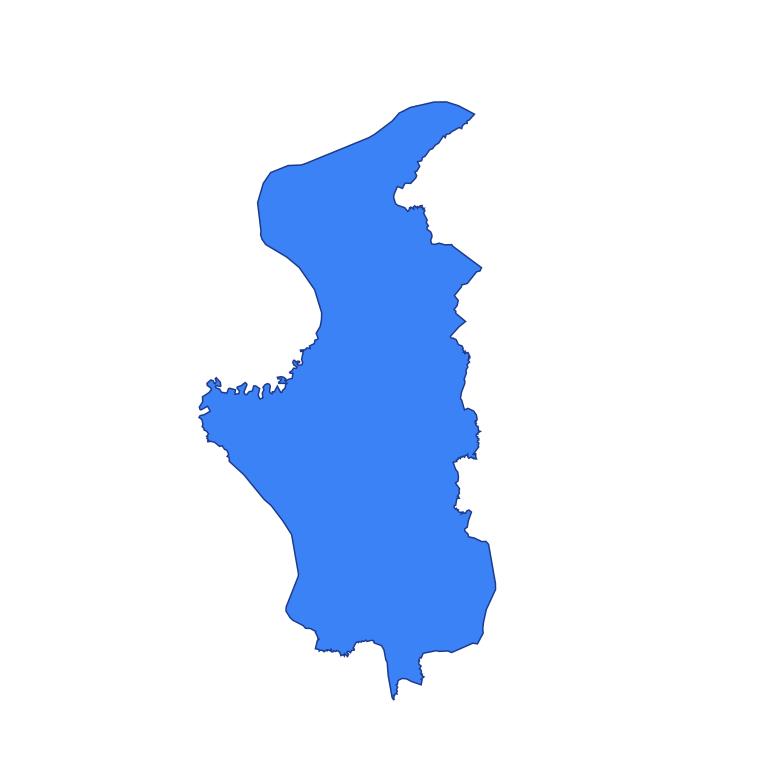 Pak Khat, Bueng Kan, Thailand (orthographic projection), rotated 24°
{"feature_id": "78962969B17401881155721", "entity_name": "Pak Khat", "entity_type": "district", "adm_level": 2, "iso_a3": "THA", "parent_name": "Thailand", "parent_adm1": "Bueng Kan", "projection": "orthographic", "projection_center": [103.357, 18.296], "detail": "fine", "context": "isolated", "style": "filled", "palette": "blue", "viewbox_px": 768, "rotation_deg": 24, "n_neighbors": 0, "source": "geoboundaries", "source_scale": "gbopen_adm2", "svg_char_len": 6169}
<svg xmlns="http://www.w3.org/2000/svg" viewBox="0 0 768 768"><g transform="rotate(24 384 384)"><path d="M356.9,100.7L339.2,99.5L326.4,100.9L315.1,106.0L295.6,120.6L287.7,130.3L284.6,140.3L273.9,159.7L269.9,165.2L222.8,214.4L219.3,217.6L207.6,223.4L194.5,236.9L192.1,249.7L194.8,269.8L209.4,294.3L210.6,297.9L213.6,301.3L219.3,304.7L243.5,307.6L259.1,312.0L282.3,326.1L298.1,344.3L300.7,350.7L302.3,357.4L301.4,365.2L305.2,369.0L304.9,370.5L303.1,372.0L303.9,375.5L300.4,379.6L302.1,381.6L298.8,382.4L297.9,384.9L293.8,387.0L294.7,388.2L297.0,387.0L298.8,395.2L300.9,397.3L301.2,399.5L299.3,401.2L297.0,401.5L296.2,400.6L298.1,398.8L297.7,397.8L296.0,398.1L294.5,399.8L292.7,398.7L291.7,399.3L292.0,401.5L293.9,403.3L297.6,403.8L297.5,405.3L294.9,406.4L294.7,408.9L293.0,411.7L293.9,412.3L296.4,411.3L297.8,416.2L294.6,418.8L293.1,421.8L292.1,421.2L292.4,419.4L290.0,418.7L287.3,419.0L283.9,421.2L284.9,422.4L288.2,421.3L288.4,422.6L287.0,425.3L287.7,426.2L295.1,422.9L294.5,425.1L295.4,427.9L294.1,430.6L293.9,433.6L293.0,433.7L287.4,429.3L287.0,435.8L285.2,436.5L285.7,438.5L283.5,438.4L282.3,437.0L281.1,432.4L279.5,430.9L277.2,431.1L275.5,433.3L274.8,436.2L276.7,438.2L276.5,441.9L279.0,445.8L276.7,448.2L273.6,445.4L272.3,438.8L267.6,437.9L265.7,438.8L266.6,443.8L263.9,445.9L262.9,449.7L260.6,449.8L259.3,448.2L259.1,440.5L258.2,439.5L256.5,439.2L254.4,443.3L251.1,446.6L251.6,447.7L254.8,449.2L255.3,451.9L252.0,454.0L250.6,449.7L244.6,450.7L243.9,451.6L244.2,456.2L238.9,457.7L235.9,455.5L232.3,455.8L231.2,455.2L231.3,453.7L235.5,452.8L235.7,452.1L233.7,449.0L228.2,446.5L227.7,447.9L229.8,449.9L229.7,452.4L228.8,452.5L226.7,450.5L224.2,450.7L222.0,455.4L223.1,457.2L227.5,458.1L228.6,459.2L227.6,463.1L223.4,469.5L225.6,474.0L224.7,480.3L226.3,482.1L227.4,482.0L231.9,476.1L236.3,479.5L232.4,485.0L228.9,487.7L228.6,489.8L232.1,490.6L235.0,494.4L235.2,496.8L237.9,498.1L238.3,499.2L241.0,499.2L244.0,500.9L243.3,504.1L244.6,504.2L244.5,505.9L246.7,506.6L246.0,507.7L246.6,508.4L249.0,506.9L252.9,506.1L259.0,507.9L261.3,506.3L265.1,508.6L267.1,508.3L270.7,511.2L270.2,514.0L272.4,514.0L274.1,517.6L292.7,523.8L321.6,538.3L330.3,540.9L347.1,550.1L360.8,559.1L383.2,592.4L383.9,594.6L385.3,627.4L386.8,631.3L393.3,635.7L396.9,636.9L408.6,637.6L411.7,639.1L415.8,637.4L422.2,637.8L422.3,638.7L426.9,642.6L427.1,643.7L428.5,643.6L427.5,645.8L429.0,653.8L432.4,653.0L433.4,654.3L433.9,653.2L436.0,652.4L438.1,652.9L438.0,651.9L439.4,651.4L439.6,650.4L440.7,650.7L440.8,649.7L443.4,649.6L443.3,647.2L444.9,649.9L446.3,649.5L446.6,648.1L448.8,648.0L449.3,646.6L452.5,646.9L455.1,649.7L456.9,647.8L458.3,648.6L457.7,646.5L461.5,647.8L461.6,645.3L459.4,644.6L459.2,643.7L459.8,642.7L462.7,643.1L462.7,640.6L465.0,639.3L464.6,638.2L463.3,637.9L463.5,632.1L464.3,630.6L465.9,630.6L465.9,629.5L468.4,628.8L468.3,627.9L470.6,627.1L471.5,625.4L473.1,626.1L477.2,623.0L479.4,623.0L479.8,624.2L481.0,624.5L488.1,624.0L492.2,627.0L497.9,635.3L500.0,636.8L506.4,648.6L519.0,667.2L521.1,668.5L521.5,667.9L520.3,667.0L520.6,666.1L519.5,664.6L520.3,664.3L520.4,662.4L522.0,661.8L520.8,660.5L521.1,659.1L519.6,658.2L519.8,655.5L517.6,654.0L518.4,653.1L517.5,649.3L518.4,647.8L520.6,645.5L524.7,644.2L529.8,644.6L540.3,643.7L539.1,638.8L538.0,638.7L539.6,635.3L537.5,635.1L537.3,634.2L535.8,633.9L536.4,633.3L535.3,632.8L535.0,631.2L533.5,629.8L532.3,629.9L532.6,626.6L529.9,625.9L528.9,624.2L529.1,622.6L528.0,622.3L528.4,619.0L529.4,619.0L529.3,614.1L540.3,606.3L543.0,605.9L550.9,601.9L555.0,601.8L570.5,584.7L575.1,583.4L575.9,571.2L573.8,567.5L571.8,561.1L569.2,548.6L569.5,526.4L566.9,520.8L544.8,488.0L541.1,486.3L537.5,488.2L529.0,488.0L523.4,489.2L521.6,486.8L517.9,485.6L516.6,483.7L518.3,480.9L516.7,474.8L516.0,465.4L512.9,464.6L511.4,466.0L511.0,469.0L509.0,469.3L507.8,470.9L507.9,469.0L505.3,470.6L503.1,469.7L503.1,468.7L501.8,469.1L500.9,468.2L500.4,469.2L498.0,468.1L497.7,466.4L498.8,465.7L497.1,459.1L499.2,457.7L497.1,456.8L497.7,456.5L496.9,455.9L497.3,452.9L496.3,452.0L495.6,448.9L489.5,445.4L491.1,442.5L489.8,438.6L487.2,434.5L483.8,432.6L479.0,427.4L482.0,425.1L481.0,423.9L482.3,422.9L482.0,421.1L484.1,421.1L483.6,419.6L485.2,419.0L485.5,417.7L487.4,418.1L487.3,416.0L488.8,415.6L489.0,414.3L490.3,416.6L491.8,417.3L493.3,415.3L494.8,415.8L495.7,415.1L496.3,415.8L499.0,414.8L497.4,413.3L496.2,410.4L495.2,410.3L495.3,411.8L494.0,412.1L496.1,402.9L495.3,402.6L494.7,399.4L492.9,399.1L492.6,397.8L493.4,396.7L492.7,395.3L491.6,395.6L490.9,394.1L489.8,394.5L488.8,392.4L490.2,391.6L489.6,390.5L491.3,388.1L489.2,388.2L487.2,384.5L485.6,384.7L484.2,383.8L484.4,382.5L483.0,382.4L483.3,380.7L481.9,381.2L483.4,379.7L483.5,378.5L481.0,374.8L476.8,372.2L470.6,372.1L468.0,374.9L461.6,367.2L459.7,366.1L458.1,359.8L457.6,350.8L456.4,347.9L455.3,347.4L454.8,340.6L453.2,337.7L453.7,334.5L452.0,332.5L453.2,329.1L450.9,327.9L451.5,327.0L450.4,325.0L451.7,325.2L451.5,324.2L447.9,321.1L446.2,322.6L445.4,321.5L445.3,323.2L444.3,322.2L443.6,322.6L443.6,321.2L441.5,320.4L441.8,319.3L439.8,317.5L436.0,317.8L431.8,314.1L428.4,314.0L426.8,314.7L425.2,313.6L429.3,301.1L433.1,293.7L420.8,290.3L420.1,288.4L417.7,287.5L418.9,282.6L417.8,277.4L412.3,274.7L415.2,264.0L414.7,261.9L419.2,258.3L422.9,243.9L425.7,241.7L425.8,238.1L390.8,230.2L389.2,229.1L383.1,232.1L377.2,232.9L373.7,235.8L370.5,236.6L368.2,233.7L368.0,230.1L366.9,228.1L364.8,226.1L360.5,225.1L359.5,223.2L360.3,221.6L357.0,219.4L356.7,216.6L350.8,211.9L350.7,208.7L349.1,208.6L349.3,207.3L348.3,208.0L347.6,207.0L346.6,207.6L346.2,205.5L344.5,206.4L344.8,207.9L343.4,208.2L343.2,209.6L342.2,208.4L341.5,209.7L339.6,208.7L338.8,210.5L339.9,212.1L336.7,211.5L336.7,212.8L335.7,212.7L336.2,214.8L335.6,216.7L331.2,214.5L324.0,215.2L321.1,214.5L316.9,209.6L316.1,207.0L315.9,198.1L321.3,197.8L321.5,192.6L322.6,191.4L326.8,189.9L329.2,182.9L329.1,180.4L325.9,177.7L327.4,176.2L328.1,170.6L324.2,167.3L327.6,164.8L327.0,161.4L328.9,159.3L330.5,151.3L332.6,149.4L333.6,145.1L335.9,141.7L337.4,133.1L339.7,134.0L339.4,130.5L342.2,128.6L342.8,126.6L348.3,119.1L351.1,119.1L350.6,116.4L351.8,113.2L354.0,112.1L352.9,110.0L354.6,107.9L356.9,100.7Z" fill="#3b82f6" stroke="#1e3a8a" stroke-width="1.5"/></g></svg>